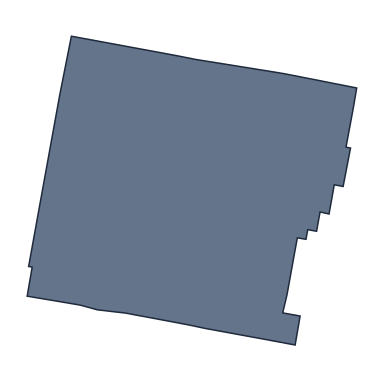 Newton, Arkansas, United States of America (Equal Earth projection), rotated 189°
{"feature_id": "52423323B24705008980857", "entity_name": "Newton", "entity_type": "district", "adm_level": 2, "iso_a3": "USA", "parent_name": "United States of America", "parent_adm1": "Arkansas", "projection": "equal_earth", "projection_center": [-93.303, 35.925], "detail": "fine", "context": "isolated", "style": "filled", "palette": "slate", "viewbox_px": 384, "rotation_deg": 189, "n_neighbors": 0, "source": "geoboundaries", "source_scale": "gbopen_adm2", "svg_char_len": 536}
<svg xmlns="http://www.w3.org/2000/svg" viewBox="0 0 384 384"><g transform="rotate(189 192 192)"><path d="M45.8,300.8L45.6,320.5L119.8,323.3L208.6,323.5L226.8,324.2L335.5,327.0L337.8,267.4L340.5,147.9L341.7,92.9L338.1,92.8L338.5,63.7L338.5,63.3L285.2,62.8L266.7,60.8L238.9,62.0L175.3,60.2L157.2,59.3L84.0,57.5L66.2,57.0L65.8,86.4L83.5,86.8L82.1,105.2L80.8,163.2L72.0,163.1L71.8,172.9L62.8,172.7L62.4,192.3L53.2,191.7L52.6,221.4L43.6,221.1L42.3,260.2L46.9,260.4L45.8,300.8Z" fill="#64748b" stroke="#1e293b" stroke-width="1.5"/></g></svg>